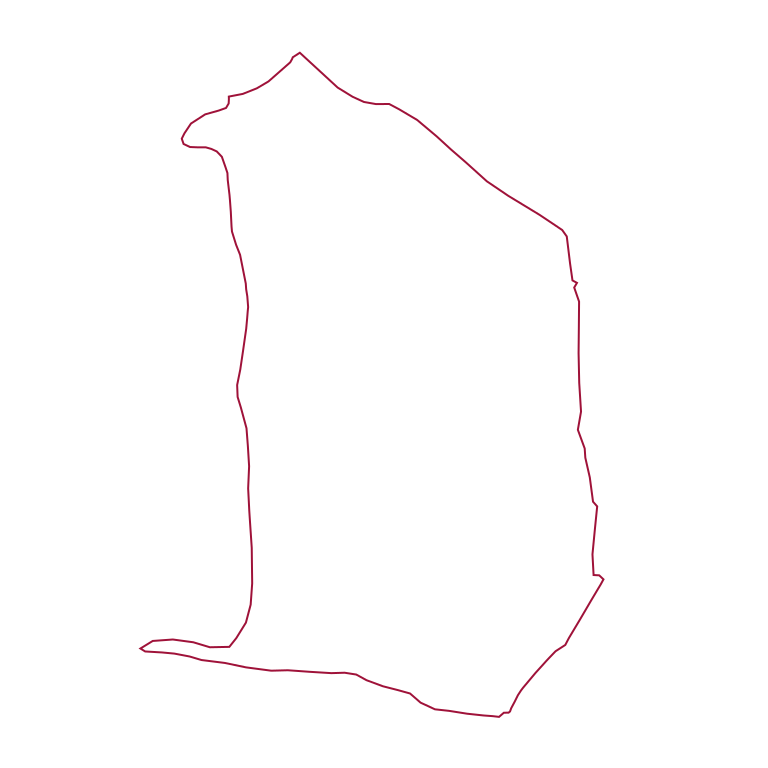 outline of Gros Islet Town, Gros Islet, Saint Lucia, rotated 3°
{"feature_id": "8701671B30275732730591", "entity_name": "Gros Islet Town", "entity_type": "district", "adm_level": 2, "iso_a3": "LCA", "parent_name": "Saint Lucia", "parent_adm1": "Gros Islet", "projection": "mercator", "projection_center": [-60.953, 14.081], "detail": "fine", "context": "isolated", "style": "outline", "palette": "rose", "viewbox_px": 768, "rotation_deg": 3, "n_neighbors": 0, "source": "geoboundaries", "source_scale": "gbopen_adm2", "svg_char_len": 1884}
<svg xmlns="http://www.w3.org/2000/svg" viewBox="0 0 768 768"><g transform="rotate(3 384 384)"><path d="M214.0,105.1L214.2,107.7L214.2,112.0L211.8,116.6L204.6,119.6L191.3,124.1L177.6,134.0L171.6,144.1L169.2,149.6L171.3,154.8L177.9,157.5L186.3,157.4L193.7,157.0L199.3,158.3L204.8,160.5L210.2,165.6L214.3,175.6L216.6,181.5L217.3,188.6L219.8,203.2L220.5,208.2L222.0,220.0L223.5,234.7L224.2,239.7L229.0,252.7L233.5,262.5L240.7,290.9L241.4,296.6L242.9,303.6L244.3,314.3L244.1,318.5L243.9,325.7L243.5,336.0L241.5,358.3L239.7,377.2L237.4,392.7L238.5,404.6L242.3,415.0L249.0,435.4L251.3,453.1L253.6,473.2L253.8,495.4L255.2,508.9L256.1,517.7L256.8,523.7L260.5,554.6L262.8,590.0L262.4,611.3L258.6,629.5L249.8,645.5L243.3,654.6L223.9,656.0L207.1,651.9L186.5,650.2L166.5,652.7L154.6,660.9L159.5,663.6L176.3,663.7L188.8,664.2L204.2,666.3L216.2,669.2L239.7,670.9L261.0,674.2L286.4,676.2L302.9,674.9L314.6,675.1L324.5,675.3L346.5,675.5L359.8,674.4L371.5,675.6L382.0,680.7L398.7,685.9L414.1,689.0L426.2,691.7L437.2,700.3L451.9,706.2L466.1,707.0L484.2,708.9L500.6,709.8L510.0,710.0L516.3,710.4L520.9,706.0L525.6,705.7L527.0,704.4L528.0,701.1L531.1,694.5L534.0,687.8L536.9,682.8L538.8,680.0L550.4,664.6L559.2,653.8L560.4,652.3L563.0,649.2L569.3,641.9L578.7,635.1L581.2,629.6L582.0,627.9L591.8,609.4L602.5,588.7L608.4,577.5L610.8,573.0L613.4,567.6L608.9,563.8L603.3,563.8L601.1,543.2L602.2,518.0L603.3,495.1L598.9,490.6L594.4,466.5L588.9,447.1L587.8,437.9L580.0,419.6L582.2,401.3L578.9,372.7L576.7,343.0L575.6,316.7L574.5,291.5L568.9,277.7L571.4,272.9L566.8,270.7L563.5,253.9L558.8,227.1L553.9,220.9L530.6,207.0L498.3,189.6L476.1,176.2L454.4,158.6L438.5,146.2L423.7,134.0L403.3,118.6L384.8,108.9L374.5,104.1L361.4,104.9L349.2,103.4L337.6,98.8L322.2,90.4L282.6,57.6L275.8,62.5L275.2,64.3L273.5,67.7L252.8,87.9L241.5,95.4L227.8,101.7L214.0,105.1Z" fill="none" stroke="#9f1239" stroke-width="2"/></g></svg>